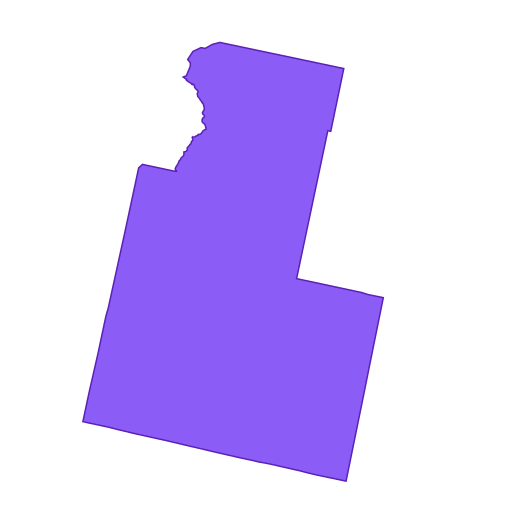 the district of Klamath, Oregon, United States of America, rotated 12°
{"feature_id": "52423323B65304648918135", "entity_name": "Klamath", "entity_type": "district", "adm_level": 2, "iso_a3": "USA", "parent_name": "United States of America", "parent_adm1": "Oregon", "projection": "equal_earth", "projection_center": [-121.946, 42.805], "detail": "fine", "context": "isolated", "style": "filled", "palette": "violet", "viewbox_px": 512, "rotation_deg": 12, "n_neighbors": 0, "source": "geoboundaries", "source_scale": "gbopen_adm2", "svg_char_len": 2456}
<svg xmlns="http://www.w3.org/2000/svg" viewBox="0 0 512 512"><g transform="rotate(12 256 256)"><path d="M302.9,54.4L176.2,54.6L169.3,58.1L163.1,63.5L158.9,63.6L151.8,69.0L148.3,78.0L151.5,80.6L152.3,83.9L150.4,94.2L147.6,96.1L151.6,97.9L151.6,98.2L151.4,98.5L152.0,98.9L152.6,99.1L154.4,99.9L156.5,100.5L157.3,101.1L157.3,101.3L157.7,101.4L158.1,101.6L158.6,100.9L159.4,101.2L159.8,101.7L160.6,102.4L160.5,103.1L161.1,104.0L162.7,105.3L163.6,105.8L164.4,106.2L165.0,107.2L165.3,107.7L165.2,108.4L164.7,109.2L165.3,110.8L165.9,112.1L166.5,112.5L168.1,113.8L169.2,115.1L170.3,115.9L170.8,116.5L171.6,117.4L171.8,117.2L172.6,117.9L173.8,120.3L174.4,121.4L174.7,122.6L174.9,123.8L174.2,125.5L173.8,126.9L174.3,128.1L175.5,128.8L176.4,129.7L176.6,130.5L176.2,131.1L175.4,131.9L175.0,133.2L174.9,134.3L175.2,135.3L175.9,136.5L178.7,137.9L179.7,139.9L180.4,141.3L180.8,142.4L179.9,142.9L178.6,144.1L178.0,144.9L177.7,145.8L177.2,147.0L176.6,147.9L176.3,148.4L175.7,148.8L175.1,148.8L174.2,149.1L173.9,149.8L173.8,150.3L173.2,150.6L172.1,151.3L171.5,152.2L170.3,152.6L169.7,152.8L169.3,152.8L169.2,152.7L168.9,153.2L169.1,153.6L169.9,155.0L170.2,155.6L169.8,156.4L169.5,156.8L169.0,157.6L169.0,158.1L169.1,158.4L169.1,158.8L169.1,159.0L169.1,159.7L168.2,160.5L167.9,161.5L167.2,162.7L166.7,163.6L166.3,164.4L166.2,164.9L166.6,165.7L166.6,166.3L166.4,167.0L166.2,167.9L165.8,168.2L165.1,168.6L164.6,168.9L164.4,169.0L164.0,169.1L164.1,169.3L163.9,169.8L164.0,170.2L164.1,170.5L164.2,170.8L164.4,171.9L164.3,172.8L163.8,173.8L162.8,175.0L162.2,175.9L162.2,176.4L162.0,177.1L161.9,177.7L161.2,178.5L160.8,180.0L160.7,181.5L160.2,182.8L159.9,183.5L159.9,184.3L159.3,185.0L159.1,186.1L158.8,187.2L159.3,188.6L160.2,189.0L160.8,189.5L161.3,189.5L158.6,190.0L144.7,190.0L137.0,190.0L130.4,190.0L125.9,190.0L122.9,194.2L122.9,198.7L122.9,205.2L122.9,207.7L122.8,257.9L122.3,337.5L121.7,346.0L121.7,357.2L121.7,383.8L121.1,424.2L121.1,454.0L126.6,454.1L145.7,454.1L145.8,454.1L146.6,454.1L146.8,454.1L157.0,454.5L176.5,455.0L205.9,455.2L232.4,455.8L233.0,455.8L236.0,455.8L238.7,455.9L256.8,456.3L268.4,456.5L282.3,456.7L283.8,456.7L284.7,456.7L295.9,456.7L299.0,456.8L302.8,456.9L303.7,456.8L303.9,456.8L308.6,456.6L319.9,456.6L320.5,456.7L343.8,457.0L349.8,457.3L361.2,457.6L390.9,457.5L390.2,371.8L390.2,371.3L389.8,335.3L389.2,270.3L373.1,270.4L367.7,269.8L300.4,269.7L300.2,118.5L303.2,118.5L302.9,54.4Z" fill="#8b5cf6" stroke="#5b21b6" stroke-width="1.5"/></g></svg>